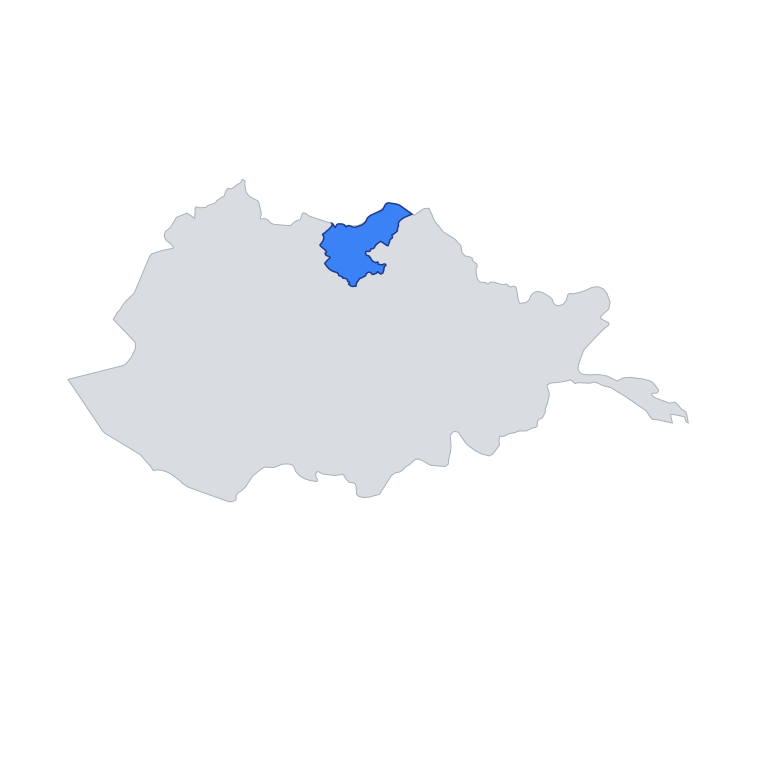 Afghanistan, with Faryab highlighted, rotated 37°
{"feature_id": "AFG-1745", "entity_name": "Faryab", "entity_type": "Province", "adm_level": 1, "iso_a3": "AFG", "parent_name": "Afghanistan", "parent_adm1": "", "projection": "natural_earth1", "projection_center": [65.119, 36.214], "detail": "fine", "context": "in_parent", "style": "filled", "palette": "blue", "viewbox_px": 768, "rotation_deg": 37, "n_neighbors": 0, "source": "natural_earth", "source_scale": "10m", "svg_char_len": 8596}
<svg xmlns="http://www.w3.org/2000/svg" viewBox="0 0 768 768"><g transform="rotate(37 384 384)"><path d="M340.3,226.8L353.4,225.6L362.3,227.3L367.0,231.9L371.6,233.0L376.0,230.8L378.8,230.4L379.9,231.8L382.1,232.4L385.6,232.2L387.5,233.5L388.0,236.2L390.6,239.7L395.2,243.9L399.2,244.9L404.5,241.6L406.3,242.0L407.2,241.0L407.7,238.6L410.9,236.3L416.8,234.2L420.1,232.3L421.2,230.8L423.2,230.4L425.4,230.8L426.9,230.2L428.1,228.1L430.1,227.3L431.9,227.7L440.1,235.4L443.3,237.7L444.7,237.3L448.7,233.1L449.2,229.3L448.0,224.3L448.7,220.3L451.3,217.3L456.2,215.4L463.4,214.7L467.8,215.1L469.5,216.7L471.7,217.6L474.4,217.7L476.9,216.0L479.2,212.2L479.2,207.6L477.1,202.1L477.6,200.3L481.2,197.6L485.0,193.4L488.6,188.1L492.0,181.6L496.4,177.5L501.6,176.0L507.9,177.7L515.5,182.8L518.5,189.1L516.8,196.5L516.7,200.6L518.2,201.3L526.7,199.9L527.9,201.0L527.8,203.1L526.7,206.2L525.3,215.0L523.1,236.8L527.0,249.7L529.5,254.9L532.1,256.5L534.6,257.1L537.1,256.6L542.2,253.3L549.9,247.2L557.4,243.4L568.3,241.3L571.8,234.7L576.8,230.4L588.3,223.9L594.5,221.5L598.2,221.0L607.0,223.5L607.6,225.4L607.0,227.5L604.5,229.3L603.8,230.7L604.8,231.7L608.3,232.0L623.6,227.5L626.9,223.6L630.1,223.5L636.6,225.1L641.6,224.6L644.3,226.3L650.4,232.0L648.5,232.3L645.8,231.2L644.2,229.3L638.1,231.8L631.4,235.4L631.5,236.3L637.8,241.6L625.2,247.4L619.5,250.6L618.2,250.7L609.5,247.7L585.5,248.6L567.3,250.4L560.3,253.4L553.6,254.8L550.2,256.3L548.0,259.4L538.1,266.2L536.3,268.7L530.7,268.4L525.0,275.0L516.6,282.9L514.9,286.5L516.3,288.4L520.9,291.3L522.9,293.9L526.3,301.5L527.7,306.9L529.7,309.2L530.9,315.6L528.9,319.2L528.9,321.1L531.8,325.9L531.2,327.4L529.1,329.7L525.9,335.8L520.0,340.4L517.5,344.4L513.4,348.9L511.7,352.7L509.9,354.8L508.0,355.9L508.6,357.9L510.3,360.4L513.0,363.3L513.0,374.7L511.6,377.9L504.1,381.1L496.9,382.4L488.0,382.5L484.6,382.0L472.2,377.8L468.3,379.9L467.6,384.9L474.8,393.1L477.7,397.6L481.0,405.3L483.5,409.2L482.7,412.9L470.0,421.0L462.0,421.8L456.9,423.2L454.4,425.2L452.7,433.8L451.0,437.0L451.0,440.7L449.4,445.0L446.8,447.7L445.0,452.2L446.7,475.0L439.4,484.1L435.3,487.4L431.4,488.9L428.2,488.4L424.0,483.2L421.2,481.2L418.3,481.6L415.4,483.4L410.7,482.8L406.7,481.0L404.8,481.2L403.6,483.0L399.4,486.9L389.0,492.9L384.8,493.3L383.0,494.8L383.7,497.2L385.6,499.2L388.8,500.6L389.0,502.3L383.7,505.3L378.3,507.3L372.1,508.1L365.6,506.9L362.3,504.3L358.4,504.0L354.9,506.0L351.2,509.1L346.1,517.2L338.7,522.1L336.8,527.1L334.5,536.1L335.3,549.3L334.4,555.2L332.8,559.0L333.1,562.1L335.6,565.5L334.6,567.7L332.5,570.2L330.5,571.6L289.6,584.3L282.9,584.6L279.5,584.1L267.9,584.1L263.1,585.0L258.2,586.7L254.7,588.9L251.9,592.0L247.1,590.3L231.8,587.1L190.5,591.3L186.6,590.5L128.9,570.5L164.9,525.8L165.9,522.1L166.1,514.7L164.0,505.0L160.4,500.5L128.9,495.3L127.9,487.7L128.4,484.3L127.9,477.8L128.0,472.7L129.5,464.4L129.6,460.6L120.1,423.5L120.1,419.8L126.1,411.3L133.6,402.9L133.2,401.4L129.5,400.5L123.8,400.4L120.8,399.1L118.5,396.8L117.6,393.5L119.2,387.5L117.9,375.9L123.8,366.1L133.0,365.6L128.4,358.4L127.4,357.6L127.1,356.4L127.6,355.2L129.9,354.8L135.5,350.2L135.8,347.6L140.4,340.9L140.1,337.9L143.1,330.0L141.6,324.7L141.4,321.8L144.7,320.0L146.9,312.6L148.1,310.7L148.3,308.9L147.6,305.9L150.7,305.4L153.5,309.3L157.9,313.3L160.8,314.5L164.5,315.1L172.6,313.8L174.3,314.0L182.7,321.0L184.2,322.8L184.8,325.6L186.2,326.5L189.1,323.7L191.9,322.8L197.4,323.6L200.3,322.6L214.0,313.9L215.1,308.3L216.4,305.1L218.3,303.2L216.1,296.8L216.9,295.5L218.7,294.9L223.2,294.9L244.0,287.9L249.5,287.9L250.7,287.3L251.0,285.4L252.5,283.3L262.4,278.1L268.0,272.8L270.1,268.9L279.4,236.6L284.3,233.8L289.4,231.7L306.6,231.1L309.7,221.2L311.3,218.9L314.3,216.6L326.9,223.6L340.3,226.8Z" fill="#d9dde1" stroke="#a8b0b8" stroke-width="1"/><path d="M276.1,249.5L277.5,247.0L278.0,245.4L277.8,243.7L277.1,240.2L277.3,238.4L278.0,237.2L279.0,236.4L285.7,232.8L288.5,231.9L304.1,231.5L303.9,231.9L299.6,239.4L298.6,242.8L298.4,244.2L298.3,244.9L298.4,245.5L298.7,246.9L300.6,249.3L301.0,251.3L301.1,251.5L301.4,251.9L301.6,252.2L302.1,252.9L302.4,253.3L302.5,253.7L302.5,253.9L302.5,254.1L302.3,255.2L302.0,256.6L301.5,258.6L301.4,258.9L301.2,259.2L301.0,259.4L300.7,259.7L300.6,259.9L300.6,260.1L300.7,260.3L300.9,260.5L301.1,260.7L302.0,261.2L302.3,261.4L302.4,261.6L302.6,261.9L302.7,262.1L302.7,262.3L302.3,263.7L302.1,265.2L302.1,265.6L302.2,265.9L302.8,266.9L303.2,268.3L303.5,269.3L303.6,269.8L304.0,270.8L303.3,271.1L303.1,271.4L303.1,271.7L302.9,271.7L302.5,271.7L296.4,271.9L295.7,272.1L295.5,272.3L295.2,272.6L295.1,272.9L293.9,277.2L293.9,279.4L294.0,279.7L294.0,280.0L294.1,280.3L294.2,280.6L294.2,280.9L294.2,281.4L294.1,281.7L294.0,282.0L293.7,282.4L293.4,282.9L293.3,283.0L293.0,283.3L292.8,283.4L292.4,283.9L292.7,285.4L292.9,286.0L292.7,286.5L292.2,287.2L292.0,287.4L291.8,287.6L291.6,287.7L290.9,288.1L290.3,288.5L290.1,288.7L289.9,288.9L289.9,289.2L289.9,289.4L289.9,289.6L289.9,289.8L290.0,290.0L290.4,290.4L291.5,291.3L292.1,291.6L292.6,291.6L292.8,291.6L293.0,291.6L293.4,291.3L293.7,291.1L295.2,290.9L295.6,290.8L295.8,290.8L296.0,291.0L296.1,291.4L296.2,291.6L296.3,291.7L296.8,291.5L297.2,291.3L297.4,291.3L297.5,291.4L297.8,291.6L298.0,291.7L299.7,292.4L301.5,292.6L304.0,292.2L304.3,292.1L304.6,291.7L304.8,291.4L305.0,291.2L305.1,290.9L305.2,290.6L305.3,290.5L305.6,290.3L305.8,290.3L306.0,290.4L306.1,290.5L306.3,290.8L306.4,291.1L306.7,291.4L307.1,291.7L307.3,291.8L307.6,291.7L307.9,291.4L308.1,291.3L309.1,290.9L309.4,290.8L310.1,290.3L310.7,290.0L310.8,290.0L311.0,289.9L311.1,289.7L311.3,289.4L311.3,289.2L311.4,288.7L311.5,288.4L312.4,287.7L313.0,287.5L313.5,287.6L313.9,287.9L314.1,288.1L314.1,288.4L314.1,288.5L313.9,288.9L313.8,289.0L313.9,289.4L313.9,289.5L313.7,289.7L313.6,289.9L313.5,290.0L313.6,290.6L313.8,290.9L314.2,291.0L314.3,291.1L314.5,291.9L314.9,292.8L315.0,292.9L315.1,293.1L315.3,293.1L315.5,293.3L315.5,293.5L315.8,295.2L315.9,295.6L316.0,295.7L316.3,295.8L316.3,296.1L316.0,296.4L315.9,296.7L315.8,297.0L315.7,297.5L315.5,297.9L314.8,298.2L313.6,298.3L312.6,298.1L311.9,298.0L311.5,298.1L311.3,298.2L311.2,298.3L311.2,298.5L311.4,298.9L311.4,299.1L311.4,299.4L311.3,300.1L311.1,300.4L310.9,300.8L310.7,301.0L309.9,302.4L309.2,303.3L308.7,303.5L308.3,303.5L307.2,303.2L306.0,303.1L305.7,303.2L305.4,303.3L304.2,304.2L304.0,304.5L303.9,304.7L303.9,305.0L303.9,305.3L303.8,305.5L303.6,305.9L303.5,306.3L303.5,306.6L304.0,308.3L304.1,308.6L304.1,308.8L304.0,309.0L302.9,311.2L302.4,312.6L302.2,312.9L302.0,313.1L301.5,313.4L301.4,313.6L301.3,313.8L301.2,314.9L301.1,316.2L301.3,317.1L301.3,317.5L301.2,318.3L301.2,318.9L301.3,319.6L301.7,321.0L301.9,321.4L302.0,321.6L302.8,322.7L301.6,323.6L300.5,324.8L300.3,325.0L298.4,325.7L297.9,325.7L297.6,325.6L297.3,325.3L297.2,325.3L296.3,325.6L296.2,325.7L295.8,325.7L295.7,325.5L295.6,325.3L295.7,325.1L295.8,324.9L295.9,324.6L295.8,324.4L295.5,323.8L295.3,323.6L295.2,323.4L294.9,323.3L294.7,323.3L294.5,323.5L294.2,323.8L293.6,324.0L292.8,323.7L292.7,323.6L292.3,323.3L292.1,323.1L291.7,322.9L291.3,322.6L291.0,322.6L290.7,322.6L290.0,322.8L289.5,323.0L289.2,323.3L288.2,323.9L286.8,324.2L286.7,324.2L286.5,323.8L286.5,323.6L286.4,323.4L286.2,323.4L285.9,323.4L283.1,324.5L282.8,324.6L282.6,324.5L282.2,324.3L281.3,323.5L281.1,323.4L280.7,323.3L278.9,323.5L276.1,324.5L275.7,324.7L274.8,324.9L273.6,325.0L272.5,325.2L271.8,325.2L268.0,324.6L264.4,323.5L264.2,323.3L264.1,323.1L264.0,322.5L264.1,321.7L264.3,320.1L264.2,319.4L264.3,318.9L264.6,317.5L264.8,316.5L264.8,315.9L264.7,315.4L264.4,315.2L262.8,315.4L261.5,315.8L261.1,315.9L260.4,316.1L260.1,316.0L259.7,315.9L258.3,315.1L258.3,314.7L258.6,314.4L258.7,314.1L258.7,313.9L258.7,313.6L258.6,313.3L258.4,313.1L258.2,312.8L255.9,312.4L250.0,312.0L249.6,311.8L249.4,311.6L249.1,311.3L249.1,311.1L249.1,310.9L249.2,310.4L249.2,310.0L249.2,309.6L249.1,306.4L248.9,305.6L248.6,304.7L248.1,303.8L247.7,303.2L247.1,302.6L246.7,302.3L246.4,302.1L245.9,301.9L245.4,301.8L245.2,301.8L245.0,301.6L244.9,301.3L245.0,300.8L245.4,299.6L245.9,298.8L246.0,298.5L245.9,297.6L246.0,296.8L246.3,295.8L247.0,292.8L247.1,291.0L247.1,289.0L246.7,287.6L245.6,287.0L246.2,286.9L247.3,287.1L250.8,288.5L250.8,287.9L250.5,285.8L250.5,284.9L250.8,284.2L251.2,283.6L253.7,281.8L255.0,281.1L256.4,280.8L257.9,281.1L258.5,281.4L259.0,281.5L259.3,281.2L259.9,279.3L260.4,278.8L260.9,278.4L261.6,278.1L264.3,277.5L265.6,277.0L266.8,276.0L267.6,275.1L270.5,270.6L271.1,269.0L271.6,267.3L271.7,265.5L271.6,264.5L271.1,262.8L270.9,261.9L270.9,260.9L271.1,260.0L271.5,258.2L272.1,256.7L276.1,249.5Z" fill="#3b82f6" stroke="#1e3a8a" stroke-width="1.5"/></g></svg>